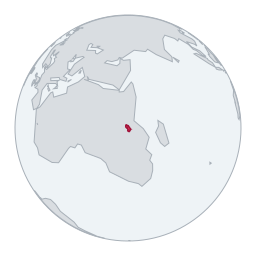 Singida on an orthographic globe, rotated 321°
{"feature_id": "TZA-3390", "entity_name": "Singida", "entity_type": "Region", "adm_level": 1, "iso_a3": "TZA", "parent_name": "United Republic of Tanzania", "parent_adm1": "", "projection": "orthographic", "projection_center": [34.489, -5.65], "detail": "fine", "context": "on_globe", "style": "filled", "palette": "rose", "viewbox_px": 256, "rotation_deg": 321, "n_neighbors": 0, "source": "natural_earth", "source_scale": "10m", "svg_char_len": 6782}
<svg xmlns="http://www.w3.org/2000/svg" viewBox="0 0 256 256"><g transform="rotate(321 128 128)"><circle cx="128" cy="128" r="113" fill="#eef3f6" stroke="#a8b0b8"/><path d="M15.9,117.5L16.0,119.0L15.9,123.5L15.8,126.6L16.2,127.1L16.2,129.1L19.6,130.7L22.8,134.8L23.7,141.7L23.0,150.2L26.9,167.3L26.8,173.8L29.8,180.7L35.1,191.1L34.6,191.0L37.9,195.5L40.3,198.7L40.4,198.9L35.7,192.5L31.4,185.9L27.5,178.9L24.2,171.8L21.4,164.4L19.1,156.8L17.3,149.1L16.1,141.2L15.5,133.3L15.4,125.4L15.9,117.5ZM58.8,216.8L57.4,215.6L58.0,216.1L59.1,217.0L58.8,216.8ZM213.9,55.2L214.7,56.2L217.0,59.0L219.0,61.6L220.0,63.0L222.3,66.3L227.3,74.8L230.7,83.1L229.9,84.7L230.5,86.5L228.6,83.7L228.5,86.8L233.8,99.2L234.4,102.5L233.1,107.6L232.6,105.1L227.8,97.6L228.5,105.3L232.3,113.2L233.6,121.6L231.5,118.3L229.9,110.8L228.2,108.0L227.5,101.0L223.7,90.5L221.5,91.7L220.5,87.7L215.0,79.0L211.1,80.6L205.7,89.9L206.9,100.2L204.2,104.4L196.2,88.8L192.8,79.1L189.8,79.7L181.7,71.4L167.5,70.1L165.6,67.7L162.9,68.7L157.2,66.2L154.2,62.5L150.8,62.7L158.6,72.7L162.3,72.7L165.6,68.9L167.1,72.6L172.6,76.2L166.2,84.9L145.2,92.8L143.3,85.1L128.2,65.5L128.8,63.4L128.7,63.1L128.6,62.7L127.0,66.2L124.5,62.6L132.3,75.7L133.6,81.7L144.9,93.2L143.8,94.5L147.5,96.9L159.5,94.3L159.5,96.9L153.8,109.0L137.2,126.1L139.5,138.1L138.6,148.5L128.6,155.5L129.7,163.7L124.6,166.7L124.5,171.4L120.5,176.5L113.9,181.5L102.1,182.1L101.1,177.8L94.9,169.7L86.1,150.4L88.8,141.2L87.6,134.5L79.2,120.2L81.0,111.9L78.8,108.7L74.2,110.0L71.7,106.2L69.0,106.4L52.2,111.3L47.3,107.0L42.0,92.9L45.2,86.5L46.2,79.8L68.7,55.6L73.0,56.2L90.2,52.0L92.2,52.6L89.7,57.3L102.2,62.3L106.8,58.1L118.6,61.0L126.8,60.8L130.6,52.2L117.2,52.2L115.4,48.3L126.6,44.7L138.4,45.4L138.0,44.0L131.0,40.6L134.2,38.2L128.6,39.3L130.6,40.8L127.1,41.7L125.2,40.5L126.4,39.6L122.9,39.0L118.2,44.1L119.6,46.1L110.3,47.3L111.8,50.9L109.2,52.7L105.6,47.4L106.3,45.4L99.4,40.5L97.8,42.6L104.3,47.5L102.1,47.2L100.0,50.7L99.8,47.9L93.2,42.5L85.1,44.5L74.1,53.9L69.5,55.3L66.1,54.3L70.9,45.7L80.5,43.6L82.4,41.1L81.1,38.1L84.1,37.9L84.8,36.7L88.5,36.0L94.4,32.6L98.3,32.0L101.2,28.5L103.6,27.8L101.2,29.9L101.6,31.3L111.2,30.6L113.3,29.8L114.4,27.7L117.0,28.0L116.8,26.2L122.7,25.4L115.5,24.9L116.6,23.1L120.5,21.7L119.6,21.2L113.2,23.5L111.9,24.6L112.8,25.5L108.0,29.1L104.5,29.9L104.6,26.3L99.7,27.3L101.9,24.5L117.7,19.1L124.0,18.3L132.9,20.2L131.1,21.1L127.0,20.7L130.2,22.5L130.2,21.6L132.3,22.1L133.9,20.8L135.5,21.1L134.4,19.7L136.5,19.9L137.2,20.8L141.4,19.7L145.9,20.2L146.1,19.8L145.0,19.3L151.5,20.6L151.4,20.3L149.2,19.8L147.5,18.9L147.1,18.1L149.3,18.6L149.8,18.9L154.2,20.6L155.1,21.8L156.0,21.9L155.7,21.1L150.4,19.0L149.4,18.4L152.3,19.2L151.2,18.9L151.4,18.8L153.8,19.2L150.8,18.3L150.6,17.7L158.7,19.6L166.6,22.2L174.3,25.3L181.8,29.0L189.0,33.3L195.8,38.1L202.3,43.3L208.3,49.0L213.9,55.2ZM60.5,66.8L59.8,68.8L60.5,66.8ZM150.7,51.1L157.9,51.9L154.9,46.7L157.4,46.7L155.5,45.0L154.7,46.3L150.0,42.1L153.2,41.0L152.5,39.0L150.1,38.7L144.9,41.6L151.6,47.4L149.8,49.4L150.7,51.1ZM84.9,31.3L85.9,31.8L84.1,33.2L79.2,35.0L81.7,32.8L84.9,31.3ZM87.7,32.2L89.2,28.6L92.3,27.7L90.3,28.8L92.2,28.5L89.5,30.2L91.0,33.1L89.6,34.7L81.4,36.5L84.9,34.9L83.6,34.4L87.7,32.2ZM87.5,24.2L88.2,23.5L94.0,22.3L92.7,23.2L87.8,24.7L86.4,24.7L87.5,24.2ZM115.4,16.1L115.6,16.0L112.3,16.5L112.7,16.4L110.2,16.8L107.8,17.3L106.4,17.5L106.0,17.6L104.3,18.0L103.4,18.3L100.5,18.9L99.2,19.4L98.6,19.5L97.0,20.2L96.9,20.0L94.7,20.7L95.9,20.5L83.0,24.8L77.6,27.3L73.1,29.7L73.3,29.5L81.2,25.5L89.5,22.2L97.9,19.4L106.6,17.4L115.4,16.1ZM94.9,50.7L96.6,50.8L99.2,50.4L98.0,52.7L94.9,50.7ZM90.3,47.0L91.8,46.6L91.3,49.4L89.6,49.5L90.3,47.0ZM93.1,44.2L91.9,46.4L91.5,45.2L93.1,44.2ZM102.7,29.6L104.4,29.2L104.4,29.7L103.3,30.5L102.7,29.6ZM120.3,16.4L119.3,16.3L119.9,16.2L119.8,15.9L122.1,15.8L123.2,15.9L120.3,16.4ZM128.1,53.6L125.6,55.3L124.4,54.5L125.5,54.0L128.1,53.6ZM110.9,53.7L114.6,54.7L110.5,54.4L110.9,53.7ZM122.9,16.2L122.6,16.1L124.0,16.1L122.9,16.2ZM123.9,15.7L125.6,15.7L122.4,15.7L123.9,15.7ZM170.1,206.1L170.6,207.7L168.9,207.7L170.1,206.1ZM157.9,147.2L150.3,165.5L144.9,165.4L143.9,159.9L146.7,148.8L152.9,145.8L156.0,140.9L157.9,147.2ZM238.6,145.6L238.7,146.7L238.6,147.2L238.6,145.6ZM238.5,143.1L238.9,143.9L238.2,144.1L238.5,143.1ZM239.0,144.3L239.3,144.0L239.5,143.5L239.3,144.5L239.0,144.3ZM238.1,142.6L235.2,140.1L233.7,137.8L234.3,136.0L236.7,138.0L238.1,142.6ZM234.2,135.9L231.5,129.1L225.9,111.9L227.9,112.7L233.4,123.9L233.1,125.4L234.7,130.5L234.2,135.9ZM239.5,129.4L239.2,134.2L237.8,132.4L237.0,131.0L236.5,124.2L236.8,121.2L237.6,121.8L238.9,113.1L239.7,116.4L239.6,120.3L240.1,125.2L239.5,129.4ZM207.4,101.2L210.1,107.9L208.4,108.7L207.4,101.2ZM238.3,106.6L238.5,110.3L238.0,105.0L238.3,106.6ZM237.4,101.3L237.9,103.7L237.3,101.1L237.4,101.3ZM231.5,89.5L230.8,89.5L230.2,88.0L230.8,87.1L231.5,89.5ZM229.7,79.6L231.7,84.0L232.2,85.4L231.0,82.4L229.7,79.6ZM142.9,16.9L140.4,17.3L140.2,18.0L142.6,18.8L138.1,18.1L138.5,17.0L142.9,16.9ZM133.3,15.7L132.4,15.7L131.3,15.6L133.3,15.7ZM222.8,188.8L219.6,191.4L219.9,189.5L222.2,186.3L227.2,175.4L227.4,175.9L230.3,168.9L233.8,165.1L237.2,155.8L234.5,164.6L231.3,173.0L227.4,181.1L222.8,188.8ZM239.1,146.3L238.8,147.7L239.3,145.4L239.1,146.3ZM240.6,125.6L240.3,126.7L240.4,130.1L240.6,129.0L240.4,131.1L240.2,136.9L240.0,138.6L240.3,132.5L239.8,138.0L239.7,137.5L239.9,132.4L240.3,126.8L240.4,124.7L240.6,125.2L240.6,125.6ZM239.6,112.9L239.6,112.6L239.6,113.5L239.4,111.3L239.6,112.9ZM238.9,108.1L239.0,108.7L238.7,107.1L238.9,108.1ZM238.7,107.2L238.1,104.4L238.3,105.2L238.7,107.2ZM237.8,102.8L237.1,100.4L234.6,91.7L234.8,92.1L236.6,98.2L237.5,101.6L237.8,102.8Z" fill="#d9dde1" stroke="#a8b0b8" stroke-width="1"/><path d="M129.7,126.4L129.7,126.5L129.1,126.9L129.1,127.0L129.2,127.3L129.3,127.5L129.4,127.8L129.5,127.8L129.6,128.0L129.6,128.3L129.4,128.6L129.4,128.8L129.4,129.0L129.4,129.3L129.4,129.6L129.4,130.0L129.1,130.1L129.1,130.3L129.2,130.5L128.9,130.4L128.8,130.5L128.7,130.5L128.5,130.8L128.5,131.0L127.9,131.1L127.8,131.3L127.7,131.3L127.4,131.3L127.1,131.5L126.9,131.6L126.7,131.5L126.7,131.4L126.6,131.2L126.4,131.1L126.2,130.9L126.1,130.7L126.1,130.4L126.1,130.2L126.1,129.9L126.4,129.7L126.6,129.5L126.7,129.4L126.8,129.4L126.9,129.2L127.1,129.1L127.0,128.8L127.2,128.4L127.2,128.2L127.3,128.1L127.2,127.9L127.4,127.6L127.5,127.5L127.5,127.4L127.3,127.3L127.2,127.2L126.9,127.0L126.9,126.9L126.9,126.7L126.9,126.4L126.9,126.2L126.9,125.9L127.0,125.7L127.2,125.4L127.3,125.2L127.5,125.0L127.6,124.9L127.8,124.7L128.0,124.6L128.4,124.5L128.4,124.4L128.5,124.4L128.7,124.5L128.8,124.6L129.0,124.9L129.0,125.0L128.9,125.1L128.8,125.3L128.7,125.5L128.8,125.6L129.0,125.7L129.1,125.8L129.1,126.0L129.3,126.0L129.5,126.3L129.7,126.4Z" fill="#f43f5e" stroke="#9f1239" stroke-width="1.5"/></g></svg>